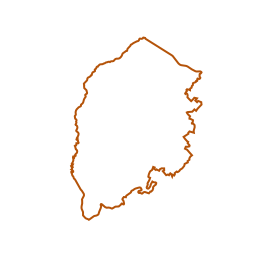 Limpopo, Natural Earth projection, rotated 318°
{"feature_id": "ZAF-1210", "entity_name": "Limpopo", "entity_type": "Province", "adm_level": 1, "iso_a3": "ZAF", "parent_name": "South Africa", "parent_adm1": "", "projection": "natural_earth1", "projection_center": [29.071, -23.769], "detail": "fine", "context": "isolated", "style": "outline", "palette": "amber", "viewbox_px": 256, "rotation_deg": 318, "n_neighbors": 0, "source": "natural_earth", "source_scale": "10m", "svg_char_len": 5751}
<svg xmlns="http://www.w3.org/2000/svg" viewBox="0 0 256 256"><g transform="rotate(318 128 128)"><path d="M131.9,63.8L133.8,64.3L134.8,64.4L135.4,64.1L135.6,64.3L136.3,64.4L138.3,63.2L139.0,63.0L140.7,63.5L141.5,63.6L141.9,63.2L142.2,62.5L142.8,62.3L144.0,62.5L145.2,61.8L145.9,61.7L146.5,62.2L146.9,62.0L149.2,61.9L149.9,62.1L151.9,63.6L153.0,63.8L153.9,64.3L155.1,64.5L155.6,64.6L156.5,65.2L157.6,65.6L157.9,65.8L158.6,66.5L158.7,66.9L159.7,67.0L160.2,67.2L161.1,68.0L162.0,68.5L162.6,68.5L164.1,68.3L164.9,68.4L165.5,68.6L166.0,68.9L166.5,69.4L167.6,70.2L168.7,70.5L170.0,70.5L171.4,70.2L172.0,70.0L173.3,69.3L173.9,69.1L174.6,69.1L176.8,69.4L177.7,69.4L178.0,69.5L178.6,69.9L178.8,70.0L179.3,69.8L180.2,69.1L180.9,68.8L184.7,68.5L185.8,68.0L186.7,68.3L188.8,68.5L192.5,69.5L193.6,70.1L194.2,70.2L194.8,70.1L195.9,69.5L196.4,69.4L196.8,69.6L197.5,70.6L198.5,71.2L198.7,71.3L199.0,71.3L199.6,71.0L199.9,71.1L200.2,71.4L201.0,72.6L200.7,73.4L209.2,103.3L209.4,104.5L208.7,113.7L208.9,115.4L209.5,116.8L212.7,120.7L213.4,122.1L214.7,127.2L216.0,130.7L216.5,131.6L217.1,132.2L219.3,134.0L219.7,134.5L219.9,135.2L219.9,135.8L219.5,136.0L218.7,136.1L218.2,136.1L217.7,135.8L217.3,135.9L215.8,137.4L215.7,137.6L215.4,139.0L215.0,139.3L214.4,139.4L213.7,139.2L213.3,138.7L213.2,138.2L212.8,137.8L212.4,137.9L212.1,138.1L211.7,138.4L211.2,139.2L210.9,139.3L210.6,139.2L210.3,138.7L210.1,138.6L209.8,138.7L209.1,139.2L208.7,139.1L207.9,138.7L206.2,138.2L205.2,139.2L204.7,139.6L203.7,139.5L203.4,139.6L203.0,139.9L202.5,140.4L202.1,140.6L200.8,140.3L200.3,140.4L199.4,141.4L198.8,140.1L197.8,138.7L196.9,138.8L196.5,139.9L195.3,140.1L193.6,140.6L193.5,141.1L194.7,141.2L194.8,142.4L194.2,143.6L192.7,145.0L192.9,150.3L195.6,150.2L197.5,149.9L199.1,152.1L196.4,152.6L196.6,155.0L198.2,154.8L199.7,157.8L198.3,159.8L192.7,160.2L190.1,160.8L189.8,158.6L186.7,158.9L183.0,156.1L182.1,155.8L181.9,156.4L181.7,158.1L182.0,160.8L181.0,161.2L179.9,162.2L180.8,163.7L181.5,165.7L180.1,166.9L178.7,167.1L178.5,167.6L179.4,168.6L179.4,170.4L178.1,172.0L174.8,174.1L173.8,175.6L171.4,171.7L169.6,171.9L169.0,172.7L163.4,171.8L163.1,174.1L163.1,177.3L163.4,178.6L162.2,179.1L162.1,182.1L161.3,182.7L160.0,182.0L158.4,180.6L156.5,181.5L157.4,183.7L157.3,187.7L157.3,191.1L155.2,191.0L153.3,191.6L152.4,192.7L150.1,192.5L149.4,193.6L146.1,192.6L144.4,193.8L141.3,194.3L139.0,193.9L137.1,194.3L135.4,194.0L135.0,192.9L132.5,192.8L131.9,193.7L130.6,194.2L130.0,192.7L128.4,193.6L129.3,191.0L129.1,190.0L126.9,190.5L126.6,189.3L124.8,188.6L125.0,183.4L126.5,183.7L127.8,182.2L126.0,180.5L124.3,180.0L122.5,180.6L121.5,177.8L120.6,177.8L120.1,175.9L121.4,175.2L120.7,173.8L117.9,175.3L116.1,175.1L115.3,175.1L114.5,175.4L112.6,176.3L110.5,177.8L110.4,178.3L111.1,179.8L109.0,181.0L106.0,182.0L105.3,182.4L105.0,183.1L103.7,183.9L102.5,184.4L102.0,184.8L101.8,185.3L101.9,185.8L102.3,186.5L103.1,186.7L104.5,186.5L105.6,186.2L106.3,185.8L107.3,185.1L110.3,184.1L110.6,185.1L111.5,186.4L112.1,186.9L112.2,187.7L112.1,187.8L111.6,188.3L110.5,188.7L109.4,188.5L107.6,188.6L106.8,189.0L106.2,189.8L104.5,190.7L102.5,190.7L102.1,190.2L99.8,190.5L97.7,186.8L96.4,186.1L95.3,186.3L94.6,186.2L94.2,185.8L93.9,184.8L93.5,184.3L92.7,183.7L92.6,182.9L92.8,182.4L93.6,182.0L94.1,182.1L95.4,182.9L95.9,183.1L96.6,183.1L97.0,182.7L97.2,181.9L97.4,180.8L96.9,180.0L95.9,179.4L93.2,178.1L92.0,177.7L90.4,177.6L88.7,177.1L88.0,177.2L87.5,177.5L87.3,177.7L86.7,177.8L81.7,177.2L81.1,177.3L80.6,177.5L80.1,178.0L78.7,176.5L77.9,176.7L77.2,176.7L76.5,177.0L76.1,177.3L76.0,177.6L76.0,178.5L75.8,179.3L74.6,181.4L74.2,181.8L73.7,181.9L73.3,181.5L73.0,180.3L72.7,179.9L71.1,180.2L68.6,180.1L66.0,178.0L62.4,177.3L62.0,176.9L61.2,175.2L60.1,173.9L58.9,173.1L58.1,171.6L57.6,167.6L57.4,166.8L57.0,166.5L56.4,166.7L56.1,167.1L55.8,168.1L54.3,169.2L50.5,171.0L48.4,172.3L47.9,172.4L46.4,172.1L45.5,171.7L44.4,171.0L43.6,170.7L37.9,170.1L37.5,170.0L37.3,169.0L36.3,167.2L36.1,166.2L36.1,162.9L38.3,160.4L38.5,159.9L39.5,157.0L40.4,155.8L41.3,155.0L43.5,153.4L45.5,151.1L45.8,150.5L46.5,150.1L49.5,149.0L50.2,148.6L50.7,148.0L51.1,147.3L51.7,143.8L51.7,142.0L54.1,131.3L54.2,130.2L54.0,129.4L54.9,127.4L54.8,126.7L54.9,126.0L55.6,124.7L56.2,123.0L56.5,122.7L56.8,122.9L57.3,123.8L57.9,123.9L58.4,123.4L58.4,122.9L58.1,122.2L58.1,121.3L58.6,121.6L58.7,121.3L58.8,121.0L59.5,120.5L59.2,120.5L59.5,120.0L59.8,119.7L60.2,119.7L60.6,120.0L60.8,119.5L60.3,119.0L60.2,118.5L60.3,118.1L60.6,118.1L61.0,118.2L61.3,118.6L61.7,118.0L61.8,117.8L62.0,118.1L62.3,118.2L62.6,118.2L62.9,118.1L62.5,117.3L62.8,116.8L64.1,116.4L65.4,115.7L66.0,115.2L66.5,114.6L67.3,113.2L67.8,112.8L68.2,114.0L68.5,113.8L68.9,113.1L69.8,112.7L70.1,112.7L69.9,113.3L70.3,113.6L70.7,113.4L71.3,112.5L71.7,112.3L73.1,112.3L73.8,112.0L74.5,111.5L75.0,110.8L75.2,109.9L75.0,109.0L75.3,108.7L75.6,107.6L76.2,106.8L76.5,105.7L76.9,105.7L77.8,106.1L78.2,106.0L79.5,104.8L80.5,105.9L80.9,106.1L81.4,105.9L81.6,105.5L82.1,103.9L82.6,103.6L82.1,102.6L82.0,102.3L82.1,102.0L83.2,102.1L83.7,101.9L83.5,101.2L84.8,100.8L86.2,100.2L87.4,99.3L87.9,98.1L87.6,96.4L87.6,95.5L88.0,95.1L88.6,95.0L90.0,94.3L90.5,94.0L91.0,93.4L91.4,92.6L91.5,91.7L91.2,90.8L91.3,90.4L91.9,90.1L93.2,89.6L93.7,88.5L94.6,88.1L94.9,87.8L95.2,87.2L95.2,86.9L95.0,86.1L95.1,85.6L95.3,85.2L96.3,83.7L96.6,83.5L97.8,83.3L98.2,83.1L99.4,81.5L99.9,81.0L101.1,80.2L102.4,79.8L105.2,79.6L107.4,80.2L107.9,80.0L108.6,79.3L109.2,79.2L109.9,79.3L110.8,79.3L112.0,78.9L114.4,77.3L115.9,76.8L117.3,76.5L117.8,76.1L118.0,75.3L118.3,74.8L119.1,74.7L120.6,74.9L121.2,74.4L122.0,72.8L122.3,72.4L122.4,72.0L122.2,69.1L123.0,68.0L123.6,67.2L124.1,66.9L124.1,66.7L124.8,65.6L125.1,65.5L129.2,65.2L129.8,65.0L130.4,64.5L131.0,64.0L131.9,63.8Z" fill="none" stroke="#b45309" stroke-width="2"/></g></svg>